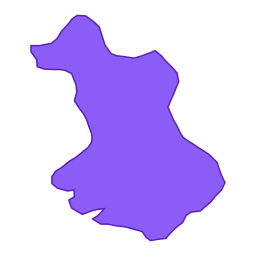 Koroveia, Cyprus (Natural Earth projection)
{"feature_id": "46923920B36797029965158", "entity_name": "Koroveia", "entity_type": "district", "adm_level": 2, "iso_a3": "CYP", "parent_name": "Cyprus", "parent_adm1": "", "projection": "natural_earth1", "projection_center": [34.274, 35.508], "detail": "fine", "context": "isolated", "style": "filled", "palette": "violet", "viewbox_px": 256, "rotation_deg": 0, "n_neighbors": 0, "source": "geoboundaries", "source_scale": "gbopen_adm2", "svg_char_len": 1222}
<svg xmlns="http://www.w3.org/2000/svg" viewBox="0 0 256 256"><path d="M74.4,100.9L80.1,109.4L84.0,114.6L86.8,120.3L89.1,127.1L91.9,134.5L91.9,141.4L88.5,147.1L80.1,153.9L75.0,157.9L69.9,160.8L61.5,167.6L55.8,171.0L51.9,176.7L51.9,183.6L57.5,188.2L67.7,191.0L73.9,189.9L74.4,196.7L68.8,200.1L71.6,208.1L82.3,214.4L91.3,211.0L98.1,209.3L104.3,208.7L98.1,215.5L92.5,219.0L100.9,224.1L107.7,224.1L116.2,225.8L125.2,226.9L131.9,228.7L142.1,231.5L146.0,237.2L150.5,240.6L156.7,239.5L165.8,238.4L170.8,232.7L175.4,228.1L182.7,222.4L186.1,215.5L191.1,212.1L200.2,211.0L210.9,201.8L215.4,196.1L221.6,189.9L225.0,182.5L221.6,175.6L219.3,169.3L217.1,162.5L209.2,154.5L198.5,147.7L193.4,144.2L187.8,140.8L183.2,137.4L179.9,132.3L177.0,126.0L173.7,120.3L168.0,107.2L170.3,101.5L173.1,95.2L178.7,81.5L177.0,72.9L172.0,67.2L165.8,61.0L161.3,55.8L155.1,50.7L147.7,53.6L142.1,55.8L134.2,58.1L122.4,56.4L116.7,55.8L111.1,53.6L104.9,45.0L101.5,34.2L99.2,26.8L93.6,21.6L85.7,15.9L77.3,15.4L72.2,18.8L68.8,23.3L61.5,31.3L57.0,38.7L51.3,43.3L45.7,44.4L40.1,45.6L31.0,45.6L31.0,51.8L36.7,59.8L37.2,66.7L44.0,69.0L53.0,69.5L58.7,69.5L64.3,70.1L71.6,73.5L76.1,84.9L76.7,92.3L74.4,100.9Z" fill="#8b5cf6" stroke="#5b21b6" stroke-width="1.5"/></svg>